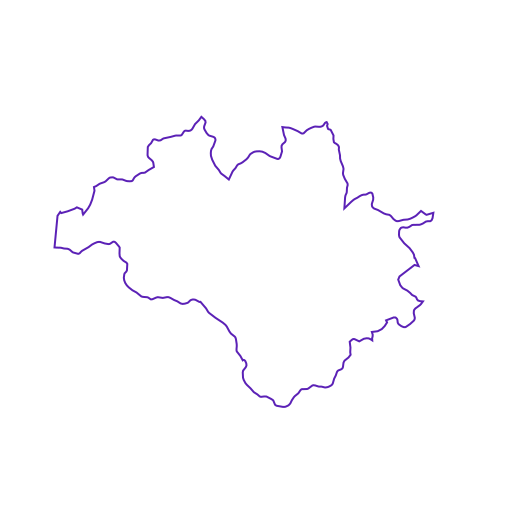 SVG path tracing the border of Rasinski, rotated 65°
{"feature_id": "SRB-833", "entity_name": "Rasinski", "entity_type": "District", "adm_level": 1, "iso_a3": "SRB", "parent_name": "Republic of Serbia", "parent_adm1": "", "projection": "mercator", "projection_center": [21.143, 43.49], "detail": "fine", "context": "isolated", "style": "outline", "palette": "violet", "viewbox_px": 512, "rotation_deg": 65, "n_neighbors": 0, "source": "natural_earth", "source_scale": "10m", "svg_char_len": 6148}
<svg xmlns="http://www.w3.org/2000/svg" viewBox="0 0 512 512"><g transform="rotate(65 256 256)"><path d="M145.4,395.2L141.8,388.0L139.4,384.6L135.7,380.7L128.6,374.8L125.0,373.7L125.1,371.3L124.5,367.5L124.5,366.4L124.9,362.7L124.9,361.6L124.7,360.5L123.4,356.6L123.2,355.5L123.4,354.5L124.2,352.5L124.7,351.9L127.7,349.6L128.2,348.9L129.4,346.2L130.2,344.7L132.9,342.1L133.7,341.1L134.9,338.9L135.6,337.0L135.5,336.1L135.2,335.5L133.9,333.7L133.3,332.6L132.9,331.3L132.2,326.4L132.3,324.7L133.1,322.8L133.5,321.4L132.7,316.9L132.2,310.9L128.1,309.7L126.9,309.6L125.0,310.1L122.0,311.5L120.8,311.9L119.2,311.8L118.2,311.4L111.5,308.0L110.4,306.3L109.4,303.4L107.2,300.3L107.1,299.7L107.3,298.8L107.9,297.9L110.1,295.7L110.7,294.2L110.8,293.2L110.4,291.0L110.4,289.9L112.0,283.0L112.8,278.3L113.2,277.1L114.8,273.8L115.0,272.9L114.8,272.0L112.8,268.8L112.5,267.9L112.5,267.2L112.8,266.5L114.0,264.6L114.5,263.0L114.5,262.0L114.3,261.0L113.8,259.9L110.7,255.5L108.9,250.5L106.8,246.7L109.8,245.4L112.1,244.8L113.7,245.3L116.6,248.2L118.0,249.0L119.5,249.2L123.7,248.8L126.4,248.0L127.3,247.3L129.8,244.5L130.5,243.9L131.4,243.4L132.9,243.4L133.9,243.8L134.8,244.6L137.8,247.6L138.7,248.5L140.2,251.0L141.6,252.3L143.7,253.5L146.2,254.5L150.2,255.0L157.0,254.8L162.4,253.3L165.4,253.0L166.6,252.7L170.4,250.6L175.2,248.3L169.6,241.6L168.9,240.4L167.7,237.5L165.9,234.8L165.4,233.3L165.6,230.8L165.4,228.6L164.3,223.8L163.4,221.6L161.4,218.5L161.1,217.2L160.8,214.5L160.9,213.1L161.5,211.0L162.6,208.5L164.1,206.2L166.6,204.0L171.1,201.4L172.0,200.6L177.1,195.6L177.5,194.6L177.4,193.7L177.0,192.7L176.3,191.9L172.2,188.2L168.4,187.0L166.9,186.2L165.9,184.8L165.0,181.6L164.4,180.8L163.6,180.1L162.1,179.6L158.2,179.5L150.3,177.6L151.9,175.1L153.5,172.1L154.6,170.7L156.5,168.9L160.5,165.4L163.9,163.1L164.4,162.6L164.8,161.8L164.9,160.9L163.5,156.9L163.2,154.3L163.2,151.6L163.4,148.8L163.7,147.6L165.6,144.2L166.1,143.0L166.3,141.8L166.3,140.6L165.9,139.5L164.5,137.1L164.4,136.2L164.5,135.4L166.7,135.3L168.1,136.6L171.2,137.0L171.7,136.7L172.9,135.3L173.4,135.0L179.5,134.8L182.6,136.4L185.8,137.3L186.8,136.9L188.3,135.8L190.1,134.9L191.6,134.7L192.6,134.9L194.6,136.0L200.2,137.3L203.2,138.6L205.8,139.1L211.4,139.3L213.5,139.7L214.3,140.0L217.7,142.2L219.3,142.7L223.6,142.9L228.9,142.4L230.4,142.9L232.6,144.7L236.2,146.6L237.1,147.2L238.9,149.3L240.4,150.4L250.2,155.8L247.1,146.7L246.3,143.8L246.1,142.2L246.0,139.4L245.6,136.8L245.5,134.6L245.8,132.8L246.7,130.6L246.8,129.6L246.6,127.1L246.7,126.1L247.0,125.2L247.6,124.5L248.8,124.2L252.5,125.0L254.6,126.1L257.4,128.7L258.1,129.2L259.9,129.8L261.2,129.7L262.9,128.9L265.9,126.0L271.5,122.1L273.2,120.4L275.1,117.7L276.8,116.8L280.6,115.8L282.9,114.6L283.8,113.8L284.4,112.7L284.7,111.7L285.5,107.1L287.0,103.1L287.4,100.4L287.4,97.6L287.2,94.7L286.9,93.3L284.9,87.4L289.9,84.7L290.7,84.1L290.9,83.1L291.8,77.0L296.3,80.0L297.7,81.6L298.1,83.0L298.1,83.4L297.0,85.8L296.6,87.5L297.1,91.2L297.0,93.5L296.8,94.6L294.2,100.5L293.9,101.5L294.4,104.7L294.3,106.8L293.6,108.4L292.2,110.4L291.8,111.9L291.8,112.9L292.5,114.2L293.2,115.2L294.2,115.9L297.3,117.5L299.2,118.0L300.2,117.9L307.1,116.3L313.8,113.5L319.1,112.4L321.6,112.3L324.7,113.2L325.2,112.7L333.9,112.9L331.1,116.1L335.2,134.6L337.5,137.1L343.4,137.6L346.4,136.9L347.5,136.4L351.3,133.5L354.6,131.9L357.3,131.0L360.4,128.5L361.9,128.3L363.3,128.4L364.9,127.9L366.4,126.2L367.7,123.9L369.3,126.8L369.8,128.2L370.9,133.8L371.7,135.4L372.3,136.0L374.5,137.2L379.1,138.2L380.1,138.8L380.8,139.5L381.3,140.3L382.8,145.2L383.6,150.0L383.5,151.0L382.8,152.3L381.0,153.9L378.4,155.4L377.3,155.7L376.3,155.7L373.5,154.8L372.5,154.8L371.1,155.3L370.6,155.7L369.9,157.1L369.3,165.3L371.6,165.3L373.9,169.0L375.4,172.9L375.6,177.5L373.8,183.1L376.7,183.5L378.3,184.4L379.6,185.5L381.6,186.3L379.8,187.4L378.3,188.7L377.3,190.5L376.6,193.3L377.0,198.5L373.0,201.8L372.5,202.6L372.3,203.5L372.5,204.6L373.3,207.3L378.9,209.1L383.1,211.3L385.5,212.0L387.1,215.1L388.2,219.7L388.6,220.5L389.7,221.8L393.2,224.0L394.0,224.7L394.4,225.4L394.6,226.1L394.7,227.1L394.5,229.6L394.7,230.6L395.3,231.6L398.0,234.2L400.2,237.0L404.1,240.4L404.9,241.9L405.1,243.0L405.2,245.3L405.1,246.4L404.6,248.4L404.2,249.2L402.1,251.8L400.8,254.4L398.3,257.1L397.3,258.7L397.2,259.7L398.2,264.6L398.2,265.6L397.7,267.0L396.1,270.6L396.1,271.6L396.5,272.6L398.3,275.6L399.4,280.0L400.0,281.4L401.9,284.5L404.1,287.2L404.8,288.8L405.1,289.9L405.1,292.2L405.0,293.3L404.6,294.4L404.1,295.4L400.6,300.4L399.8,301.1L398.8,301.6L394.3,301.4L393.5,301.7L391.8,302.8L387.8,305.9L386.8,307.8L385.8,310.9L385.2,311.7L384.6,312.1L382.1,313.2L378.5,315.5L373.6,316.9L369.0,318.7L366.8,319.3L363.1,319.5L360.8,319.2L355.9,317.2L354.4,316.1L352.6,312.5L351.9,311.6L351.0,310.8L349.2,310.2L346.8,310.1L345.8,310.4L345.0,311.0L344.8,311.7L344.9,312.1L340.0,312.4L334.6,313.7L333.8,313.7L332.3,313.1L329.5,311.5L327.6,310.7L322.8,309.3L321.1,309.1L320.1,309.3L315.7,311.5L313.1,312.0L307.6,312.3L305.5,312.8L302.3,314.3L294.8,318.9L287.9,322.5L286.4,323.0L282.4,323.4L274.1,325.7L274.1,326.1L273.6,326.8L270.1,329.4L269.3,330.5L268.7,331.6L268.4,333.3L268.5,334.4L269.5,337.2L269.5,338.2L269.1,340.7L268.4,342.8L267.1,344.4L263.8,346.5L261.3,348.8L257.8,351.3L256.5,352.5L256.1,353.1L255.7,353.9L254.6,358.2L251.8,362.4L251.5,364.0L251.4,368.0L251.2,368.9L250.8,369.7L248.2,371.2L247.4,372.0L245.7,375.0L245.0,376.1L244.2,377.0L238.6,379.7L234.8,382.5L230.6,384.6L228.0,385.5L225.1,385.9L222.3,385.7L219.9,385.0L216.9,383.1L216.2,382.4L215.3,380.1L214.4,379.0L208.8,376.0L207.3,376.2L204.4,378.1L201.6,379.2L199.8,379.6L198.6,379.6L195.9,378.6L190.8,376.0L189.7,376.1L184.9,377.4L183.6,378.0L182.9,378.8L182.7,379.7L183.2,382.8L183.2,383.7L182.8,384.8L180.7,387.8L177.3,391.4L176.6,393.0L176.3,394.3L176.2,397.0L176.3,399.7L177.2,404.0L177.8,411.4L178.2,412.8L178.9,414.4L179.0,415.0L179.0,415.9L178.7,416.5L175.8,419.9L175.1,420.6L171.7,422.1L170.5,423.0L169.7,423.9L168.1,426.8L166.0,429.4L164.0,433.4L163.1,435.0L135.7,418.9L133.3,414.8L134.8,414.4L135.9,407.8L136.5,400.4L136.2,397.8L140.5,393.9L144.2,395.1L145.4,395.2Z" fill="none" stroke="#5b21b6" stroke-width="2"/></g></svg>